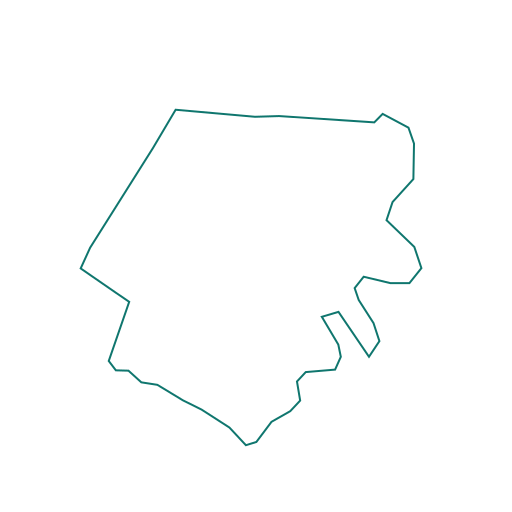 Carlos Gomes, Rio Grande do Sul, Brazil (Robinson projection), rotated 22°
{"feature_id": "56859067B78696216867295", "entity_name": "Carlos Gomes", "entity_type": "district", "adm_level": 2, "iso_a3": "BRA", "parent_name": "Brazil", "parent_adm1": "Rio Grande do Sul", "projection": "robinson", "projection_center": [-51.914, -27.704], "detail": "fine", "context": "isolated", "style": "outline", "palette": "teal", "viewbox_px": 512, "rotation_deg": 22, "n_neighbors": 0, "source": "geoboundaries", "source_scale": "gbopen_adm2", "svg_char_len": 710}
<svg xmlns="http://www.w3.org/2000/svg" viewBox="0 0 512 512"><g transform="rotate(22 256 256)"><path d="M349.3,79.9L320.2,76.8L315.6,87.8L225.0,117.6L202.9,127.3L126.7,150.5L120.0,194.6L99.1,310.4L98.1,333.2L140.5,342.7L155.6,346.0L158.8,408.5L168.9,414.5L180.7,410.1L197.0,416.1L212.8,412.4L242.3,417.2L263.1,418.8L295.6,425.0L317.5,435.2L326.0,428.3L332.5,403.9L345.9,387.0L351.1,373.5L341.0,357.0L345.6,345.0L371.9,331.7L372.4,317.7L365.5,307.3L339.8,287.7L353.4,276.9L398.5,307.1L402.3,288.7L390.1,274.2L367.7,258.3L359.5,248.8L363.6,234.9L390.8,230.8L408.4,223.7L413.9,205.3L399.4,188.3L363.6,173.9L362.4,154.8L373.1,125.7L360.4,92.6L349.3,79.9Z" fill="none" stroke="#0f766e" stroke-width="2"/></g></svg>